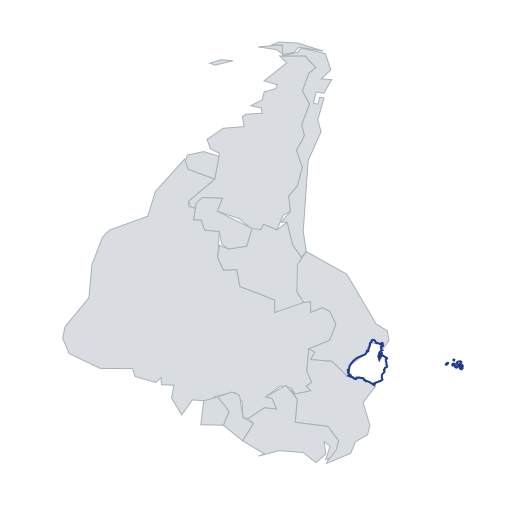 where Ecuador sits in South America, rotated 176°
{"feature_id": "ECU", "entity_name": "Ecuador", "entity_type": "country or territory", "adm_level": 0, "iso_a3": "ECU", "parent_name": "South America", "parent_adm1": "", "projection": "albers", "projection_center": [-81.617, -1.768], "detail": "fine", "context": "in_parent", "style": "outline", "palette": "blue", "viewbox_px": 512, "rotation_deg": 176, "n_neighbors": 12, "source": "natural_earth", "source_scale": "50m", "svg_char_len": 8291}
<svg xmlns="http://www.w3.org/2000/svg" viewBox="0 0 512 512"><g transform="rotate(176 256 256)"><path d="M215.2,455.2L221.1,460.5L239.2,464.4L215.1,464.8L215.2,455.2ZM291.9,335.5L285.4,361.0L293.9,366.2L296.7,375.7L279.9,385.7L258.8,385.9L259.9,396.2L255.8,398.1L239.7,398.0L240.6,403.4L250.8,406.3L239.1,411.1L236.4,419.1L224.7,421.5L222.7,425.3L235.7,430.1L211.9,446.5L218.5,453.9L193.2,452.2L183.1,439.7L190.5,434.6L198.1,417.3L192.0,404.0L201.2,383.6L199.2,372.8L208.2,358.4L203.5,341.2L209.7,323.2L219.1,313.4L218.5,298.0L226.0,294.9L233.4,280.6L246.4,287.1L249.2,281.9L257.0,282.3L270.6,294.6L291.5,303.4L285.5,315.9L305.4,318.0L316.5,306.4L319.5,315.3L291.9,335.5Z" fill="#d9dde1" stroke="#a8b0b8" stroke-width="1"/><path d="M215.2,455.2L215.1,464.8L226.4,465.1L218.3,467.9L199.2,465.4L174.6,455.7L198.5,461.3L204.2,456.4L215.2,455.2ZM210.9,251.8L218.7,264.2L222.7,287.3L228.5,288.1L218.5,298.0L219.1,313.4L209.7,323.2L203.5,341.2L208.2,358.4L199.2,372.8L201.2,383.6L192.0,404.0L198.1,417.3L190.5,434.6L183.1,439.7L193.2,452.2L215.7,453.7L200.3,456.2L196.3,460.3L172.7,453.1L168.4,436.5L178.4,428.1L168.2,426.6L177.0,413.6L184.5,415.5L188.1,404.6L183.6,403.1L181.4,409.8L177.1,409.0L184.9,387.5L182.4,375.5L197.3,347.6L207.2,277.3L205.5,256.9L210.9,251.8Z" fill="#d9dde1" stroke="#a8b0b8" stroke-width="1"/><path d="M265.3,452.4L283.2,449.3L288.6,451.5L277.4,454.2L265.3,452.4Z" fill="#d9dde1" stroke="#a8b0b8" stroke-width="1"/><path d="M291.9,335.5L317.8,347.3L321.7,351.5L317.3,361.5L300.9,363.8L285.9,357.9L291.9,335.5Z" fill="#d9dde1" stroke="#a8b0b8" stroke-width="1"/><path d="M320.4,357.8L317.8,347.3L291.9,335.5L319.5,315.3L319.8,310.2L313.0,307.6L315.6,296.5L308.0,295.9L305.5,285.3L290.8,283.2L294.4,257.1L289.5,244.3L276.2,243.8L274.2,226.7L240.4,210.9L241.1,198.4L220.6,206.8L204.7,206.6L205.3,196.0L193.4,199.9L186.2,195.7L181.0,182.1L188.7,166.5L209.8,159.8L213.3,137.6L209.2,125.9L214.9,122.8L210.7,117.7L226.8,115.6L230.0,122.0L240.6,124.5L256.1,114.9L249.8,112.7L246.1,101.8L258.2,104.0L275.0,94.3L280.3,95.7L280.0,111.4L286.5,121.6L307.9,118.6L308.1,113.7L329.4,116.9L341.2,102.7L350.1,120.2L346.9,132.8L359.3,134.2L359.3,141.3L364.8,136.8L385.0,144.2L387.0,152.3L419.2,154.7L449.2,171.8L454.6,187.4L451.4,198.8L425.6,226.0L420.3,258.7L407.8,285.5L400.3,292.1L361.1,303.3L351.9,327.3L320.4,357.8Z" fill="#d9dde1" stroke="#a8b0b8" stroke-width="1"/><path d="M211.8,206.3L241.1,198.4L240.4,210.9L274.2,226.7L276.2,243.8L289.5,244.3L294.4,257.1L291.7,269.1L283.1,264.9L264.6,266.4L258.1,283.7L249.2,281.9L246.4,287.1L233.4,280.6L222.7,287.3L218.7,264.2L210.9,251.8L217.7,217.5L211.8,206.3Z" fill="#d9dde1" stroke="#a8b0b8" stroke-width="1"/><path d="M209.8,159.8L188.7,166.5L181.0,182.1L186.2,195.7L193.4,199.9L205.3,196.0L204.7,206.6L211.8,206.3L217.7,217.5L215.3,244.5L205.5,256.9L166.7,231.5L140.8,179.7L130.4,172.3L129.2,162.5L137.0,153.1L136.0,160.3L148.6,161.2L154.3,150.3L170.4,140.3L173.5,129.8L187.7,145.7L208.8,148.8L204.2,155.9L209.8,159.8Z" fill="#d9dde1" stroke="#a8b0b8" stroke-width="1"/><path d="M231.3,121.2L226.8,115.6L210.7,117.7L214.9,122.8L209.2,125.9L213.3,137.6L209.8,159.8L204.2,155.9L208.8,148.8L187.7,145.7L173.5,129.8L157.2,126.5L146.3,117.4L159.4,102.4L154.2,79.0L157.1,70.1L169.8,63.8L175.3,52.6L200.3,44.1L186.6,65.9L196.0,80.9L228.5,87.4L224.9,110.1L231.3,121.2Z" fill="#d9dde1" stroke="#a8b0b8" stroke-width="1"/><path d="M275.0,94.3L258.2,104.0L246.1,101.8L249.8,112.7L256.1,114.9L235.2,124.9L224.9,110.1L228.5,87.4L196.0,80.9L186.6,65.9L189.5,57.1L196.1,49.2L200.7,48.1L195.3,61.1L201.0,66.1L200.2,53.6L210.6,45.6L222.8,56.7L246.2,60.2L267.6,56.2L261.5,58.1L282.3,72.6L270.3,89.0L275.0,94.3Z" fill="#d9dde1" stroke="#a8b0b8" stroke-width="1"/><path d="M304.0,117.9L289.9,122.0L282.2,118.2L280.3,95.7L270.3,89.0L282.3,72.6L300.4,89.5L293.8,102.6L304.0,117.9Z" fill="#d9dde1" stroke="#a8b0b8" stroke-width="1"/><path d="M318.3,115.3L304.0,117.9L296.8,107.7L293.8,102.6L300.4,89.5L322.8,91.5L318.3,115.3Z" fill="#d9dde1" stroke="#a8b0b8" stroke-width="1"/><path d="M289.5,270.5L290.8,283.2L305.5,285.3L308.0,295.9L315.6,296.5L311.8,313.2L305.4,318.0L285.5,315.9L291.5,303.4L258.1,283.7L264.6,266.4L283.1,264.9L289.5,270.5Z" fill="#d9dde1" stroke="#a8b0b8" stroke-width="1"/><path d="M172.2,130.1L171.8,130.4L171.4,130.4L170.9,130.5L170.1,130.2L169.8,130.2L169.8,130.5L170.3,130.8L170.8,131.1L171.0,131.6L171.2,132.2L171.9,132.9L172.4,133.3L172.4,133.5L172.3,134.0L172.2,134.3L172.4,136.0L172.0,136.2L171.8,136.1L171.5,136.0L171.3,135.8L171.3,136.1L171.0,136.9L170.6,138.6L170.2,140.1L169.7,140.6L169.0,141.5L168.0,142.6L166.5,144.3L165.5,145.1L164.6,145.7L163.6,146.4L162.4,147.3L161.0,147.8L159.0,148.5L157.6,149.0L156.6,149.3L155.5,149.7L154.1,150.2L153.5,150.6L152.6,151.8L152.2,152.3L151.8,152.8L151.8,153.0L152.0,153.3L152.0,153.6L151.7,153.7L151.4,153.6L151.4,153.4L151.1,153.1L150.9,153.0L150.7,153.1L150.7,153.3L150.3,154.5L150.3,155.0L150.2,155.3L150.2,155.8L149.8,156.2L149.6,156.6L149.5,157.0L149.2,157.2L149.1,157.6L148.9,158.4L148.6,159.1L148.3,159.6L148.3,160.0L148.5,160.3L148.5,160.5L148.4,160.9L148.3,161.3L147.9,161.5L147.1,162.0L146.7,162.3L146.6,162.7L146.7,163.0L146.7,163.3L146.3,163.4L146.1,163.7L145.9,164.1L145.6,164.3L144.8,164.0L144.2,164.0L143.8,163.8L143.3,163.2L142.9,162.7L142.6,162.0L142.5,161.1L142.1,160.8L141.6,160.5L141.1,160.6L140.5,160.6L140.2,160.4L139.4,160.0L138.7,159.6L138.1,159.4L137.7,159.5L137.1,160.2L136.4,160.5L136.1,160.5L135.8,160.3L135.7,160.1L136.0,159.6L136.6,158.8L135.9,158.7L135.7,158.5L135.7,158.1L135.5,157.8L135.7,157.4L136.1,157.1L136.6,157.3L137.0,157.3L137.2,156.9L137.5,156.8L137.8,156.6L137.9,156.4L137.6,155.8L137.5,155.5L137.6,155.3L137.6,154.9L137.6,154.6L137.4,154.3L137.4,153.9L137.3,153.7L137.2,153.5L137.2,153.3L137.0,153.1L136.8,153.0L137.0,152.9L138.0,152.6L138.4,152.2L138.9,151.9L139.4,151.4L139.7,150.9L140.4,148.7L141.0,147.3L140.9,146.7L140.4,145.8L140.3,144.5L140.3,144.1L140.2,143.8L139.9,144.3L140.0,146.2L139.6,147.1L139.2,147.3L138.9,147.2L139.1,145.8L138.8,146.0L138.2,147.0L137.4,147.7L137.3,147.9L137.1,148.2L136.5,148.0L136.0,147.7L134.3,146.1L133.3,145.7L132.6,145.2L132.5,144.9L132.4,144.6L133.1,144.3L133.7,143.8L133.8,142.8L133.8,142.0L133.3,140.7L133.5,138.9L133.4,138.3L132.8,136.8L133.2,136.1L134.8,135.6L135.3,135.2L135.6,134.0L136.0,133.4L136.6,133.6L137.2,133.6L136.4,133.4L135.9,132.3L135.8,131.8L136.9,130.4L137.5,130.1L138.2,129.3L138.8,128.2L139.0,126.4L138.7,125.1L138.5,123.8L138.9,123.4L139.8,123.2L140.6,122.8L141.0,122.4L141.9,122.5L142.9,121.9L144.6,121.5L146.9,120.8L147.4,120.2L147.2,119.1L147.4,119.2L148.0,119.8L148.4,120.3L149.1,120.6L149.6,120.9L151.0,122.0L151.9,122.5L152.9,123.0L154.4,123.5L155.3,123.4L155.5,123.8L155.7,124.2L156.0,124.5L156.5,124.7L156.8,124.8L157.2,126.3L157.4,126.6L158.2,126.8L159.1,126.9L159.4,126.8L160.2,127.2L160.8,127.4L161.4,127.6L161.8,127.6L162.0,127.6L162.1,127.4L162.5,127.5L163.0,127.6L163.8,127.7L164.2,127.5L164.3,127.2L164.3,126.7L164.5,126.5L165.1,126.2L165.3,126.3L166.8,126.9L167.0,127.2L167.4,127.6L168.1,128.3L168.8,128.7L169.9,128.9L171.0,129.6L172.2,130.1ZM60.1,129.4L60.5,129.8L60.7,131.1L62.2,132.4L62.3,133.2L62.2,133.6L62.3,133.7L63.0,134.2L63.4,134.8L62.7,136.1L61.1,136.7L59.4,136.7L59.1,136.5L58.6,136.0L58.5,135.6L58.8,135.2L59.7,134.5L61.0,133.9L61.2,133.4L60.6,133.0L60.2,132.2L59.4,131.6L59.0,129.7L58.7,129.6L58.1,129.9L57.8,129.7L58.4,129.1L58.5,128.8L59.4,128.7L59.8,128.9L60.1,129.4ZM66.7,134.9L66.3,134.9L65.2,134.2L65.3,133.6L65.7,133.1L67.1,132.9L67.7,133.3L67.7,134.1L67.2,134.7L66.8,134.8L66.7,134.9ZM138.2,150.1L138.1,150.4L137.4,150.3L137.2,150.3L137.2,149.9L137.4,149.0L137.6,148.6L138.1,148.2L138.6,148.0L139.1,148.0L139.8,148.4L139.0,149.0L138.6,149.1L138.2,150.1ZM59.0,132.8L58.3,132.9L57.7,132.7L57.5,132.3L57.4,131.7L57.5,131.6L58.8,131.3L59.2,131.8L59.2,132.5L59.0,132.8ZM73.1,135.8L72.3,136.1L72.0,136.0L71.8,135.9L71.8,135.7L72.2,135.2L72.7,135.0L73.1,134.5L73.8,134.2L74.0,134.3L74.2,134.5L74.0,134.9L73.5,135.2L73.1,135.8ZM65.0,131.8L64.7,132.1L63.3,131.8L62.9,131.4L63.2,130.9L63.5,130.6L64.3,130.8L65.1,131.5L65.0,131.8ZM66.1,138.9L65.8,138.9L65.4,138.6L65.7,138.0L66.0,138.2L66.3,138.3L66.4,138.5L66.1,138.9ZM146.8,120.5L146.4,120.6L146.2,120.2L146.7,119.8L146.9,119.8L146.8,120.5Z" fill="none" stroke="#1e3a8a" stroke-width="2"/></g></svg>